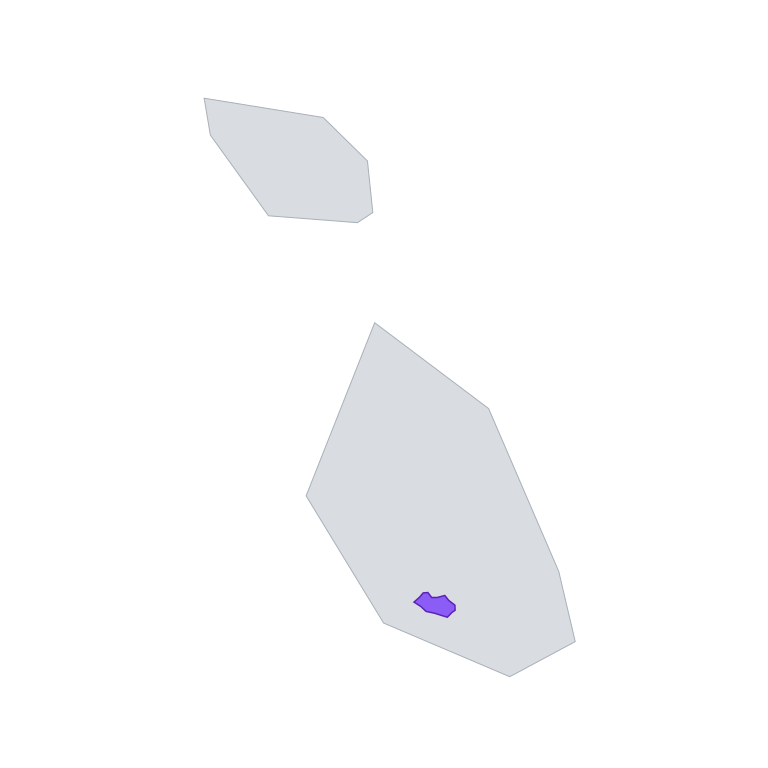 Mqabba highlighted on a map of Malta, rotated 22°
{"feature_id": "MLT-5969", "entity_name": "Mqabba", "entity_type": "state/province", "adm_level": 1, "iso_a3": "MLT", "parent_name": "Malta", "parent_adm1": "", "projection": "orthographic", "projection_center": [14.465, 35.843], "detail": "fine", "context": "in_parent", "style": "filled", "palette": "violet", "viewbox_px": 768, "rotation_deg": 22, "n_neighbors": 0, "source": "natural_earth", "source_scale": "10m", "svg_char_len": 629}
<svg xmlns="http://www.w3.org/2000/svg" viewBox="0 0 768 768"><g transform="rotate(22 384 384)"><path d="M657.8,551.2L610.2,608.3L473.2,605.8L353.7,516.9L352.4,330.7L490.2,367.6L616.3,492.4L657.8,551.2ZM298.9,244.4L213.9,271.3L129.8,218.3L110.2,186.4L227.8,159.7L285.1,183.4L309.4,229.2L298.9,244.4Z" fill="#d9dde1" stroke="#a8b0b8" stroke-width="1"/><path d="M493.5,575.0L496.9,568.2L498.6,563.0L502.8,560.9L508.2,564.1L513.3,562.0L519.6,557.3L525.1,560.4L532.6,562.5L534.7,567.2L532.6,570.3L530.1,576.5L524.6,577.0L516.7,577.6L508.2,579.1L501.5,576.5L493.5,575.0Z" fill="#8b5cf6" stroke="#5b21b6" stroke-width="1.5"/></g></svg>